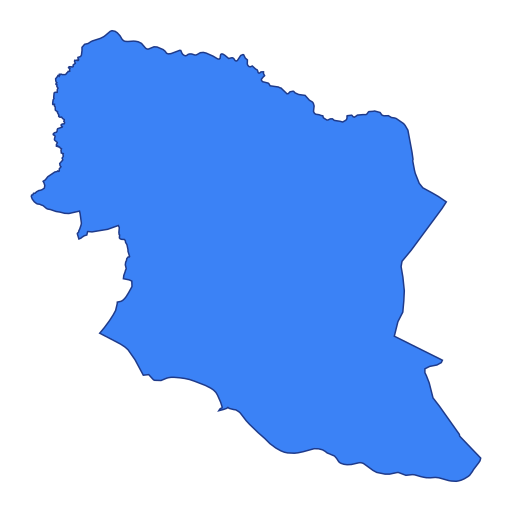 outline of Khok Pho, Pattani, Thailand
{"feature_id": "78962969B27197840775021", "entity_name": "Khok Pho", "entity_type": "district", "adm_level": 2, "iso_a3": "THA", "parent_name": "Thailand", "parent_adm1": "Pattani", "projection": "orthographic", "projection_center": [101.073, 6.699], "detail": "fine", "context": "isolated", "style": "filled", "palette": "blue", "viewbox_px": 512, "rotation_deg": 0, "n_neighbors": 0, "source": "geoboundaries", "source_scale": "gbopen_adm2", "svg_char_len": 5789}
<svg xmlns="http://www.w3.org/2000/svg" viewBox="0 0 512 512"><path d="M446.3,201.9L438.4,196.5L432.7,193.2L422.8,187.8L419.2,183.3L415.2,173.2L414.4,169.9L412.7,160.8L413.0,159.3L412.0,152.2L407.9,130.2L405.1,125.4L403.6,123.6L396.2,118.5L394.7,118.0L391.4,117.5L388.4,115.7L384.3,115.8L382.8,115.5L381.7,114.8L380.1,112.5L374.6,111.0L373.2,111.3L368.9,111.6L368.3,112.1L367.0,113.9L366.0,114.6L362.9,114.6L357.4,115.1L356.4,115.9L354.3,117.2L352.9,116.6L352.1,115.5L351.6,115.2L347.3,115.7L347.0,115.9L347.0,118.0L346.6,119.4L345.7,120.3L342.7,122.0L340.1,121.3L334.3,120.4L332.4,118.8L330.2,118.9L327.9,120.0L326.8,120.0L323.4,117.8L322.8,115.8L321.2,115.5L319.0,114.7L315.6,114.2L314.3,113.1L313.5,111.4L314.1,106.0L313.3,103.2L312.4,102.0L309.4,100.2L305.1,95.4L298.7,94.5L295.1,92.9L293.7,91.4L293.1,91.2L290.0,91.8L288.3,93.6L287.0,93.8L281.0,88.0L279.9,87.8L278.4,87.0L270.1,85.8L268.9,83.7L268.2,83.1L262.6,81.7L261.5,80.4L261.4,79.2L263.2,77.0L264.6,75.7L263.5,73.6L263.5,71.8L261.0,71.9L259.6,73.1L258.6,73.0L258.1,72.5L257.7,70.9L257.1,69.8L255.7,69.1L252.3,66.0L250.4,66.8L249.2,66.6L248.7,66.3L247.8,65.3L247.3,64.0L247.4,59.9L245.3,58.1L243.6,54.7L242.8,54.6L240.7,55.5L237.4,60.5L236.4,61.0L235.5,60.8L234.9,60.3L233.9,58.7L232.7,57.8L231.5,57.8L228.7,58.5L225.0,55.4L223.3,54.3L222.1,53.9L221.4,54.0L220.8,54.4L220.5,55.1L220.1,58.3L219.3,59.0L218.7,59.1L217.5,58.8L213.0,56.1L206.2,53.1L203.3,52.4L200.3,52.7L197.0,54.6L195.9,55.0L194.8,55.0L191.8,54.0L189.9,53.9L188.2,54.3L186.6,55.5L185.4,55.8L184.0,55.3L182.7,54.3L181.9,53.1L180.8,50.5L179.8,50.3L171.0,53.6L168.4,53.9L166.6,53.3L165.2,51.3L163.2,49.6L157.1,47.0L154.0,46.8L148.3,49.1L147.4,49.1L145.7,48.3L141.5,43.4L138.3,41.8L135.8,41.3L133.6,41.1L127.9,41.5L125.7,41.4L124.3,41.1L122.9,40.1L121.9,39.0L120.1,35.9L117.3,32.8L115.1,31.3L112.0,30.7L110.3,31.3L104.3,36.3L103.1,37.0L100.3,38.4L92.5,40.9L91.0,41.6L88.1,43.5L84.6,44.3L82.0,47.3L82.0,50.6L81.4,55.2L80.9,56.0L80.1,56.7L77.9,57.4L77.9,57.9L78.6,59.7L78.4,60.3L77.8,60.6L77.1,60.0L76.2,60.4L74.7,60.3L74.5,61.3L75.3,63.3L73.2,64.9L73.1,65.4L73.3,66.2L73.0,66.7L72.4,66.9L69.2,66.7L68.5,67.5L68.6,67.9L69.9,68.5L69.6,69.2L69.7,71.3L68.1,71.4L67.6,72.4L66.7,73.0L66.3,73.8L65.2,74.6L62.3,74.6L61.0,74.1L60.0,74.4L59.5,74.7L59.8,75.2L59.3,76.0L59.0,75.0L58.6,75.9L57.9,75.6L57.6,76.3L55.6,78.8L55.8,81.0L56.3,82.2L56.9,82.8L56.0,83.7L55.9,84.2L56.1,84.5L56.9,84.7L56.9,86.7L57.6,87.4L58.0,88.2L57.3,89.5L57.2,92.3L55.0,92.3L54.1,93.0L53.7,97.4L54.0,98.5L53.1,99.9L52.7,102.9L52.7,104.2L52.9,104.5L53.9,104.2L54.5,104.3L54.3,105.8L55.2,106.9L55.3,110.0L55.6,110.4L57.6,111.8L57.4,112.5L58.9,115.2L58.6,116.0L58.8,116.5L59.8,117.2L61.6,117.1L62.6,118.5L64.3,119.6L64.3,120.1L63.8,121.3L64.5,122.2L64.6,122.9L64.1,123.8L62.2,124.0L61.1,124.9L61.2,125.7L62.4,126.7L62.2,127.1L57.7,128.7L57.3,129.4L57.1,131.1L56.5,132.2L54.5,132.7L53.3,133.8L53.2,134.5L53.5,135.0L54.5,135.2L55.1,136.3L54.4,139.2L54.6,140.1L57.3,142.5L57.3,143.0L56.4,144.5L56.4,146.2L56.8,146.3L57.7,145.9L58.2,146.9L59.5,147.0L60.2,148.0L61.5,148.8L61.0,150.1L61.3,153.0L63.3,153.6L62.9,154.8L63.3,155.7L63.3,156.4L62.1,158.1L62.7,159.5L62.7,160.1L59.7,163.5L60.1,165.7L61.0,166.8L59.3,168.8L59.3,170.7L59.0,171.3L58.5,171.4L57.8,170.9L56.8,171.6L54.8,172.0L47.8,176.7L45.3,179.9L43.1,181.3L44.0,182.9L44.8,185.6L44.3,188.2L42.0,189.7L40.3,190.3L38.9,190.5L36.5,191.8L35.1,193.2L33.5,193.3L32.8,194.8L31.6,195.1L31.3,196.5L32.2,199.0L34.2,201.7L36.2,203.3L37.2,203.9L39.9,204.3L41.1,204.9L43.1,205.6L46.5,208.5L47.9,209.1L50.3,209.5L56.1,211.5L60.0,212.1L64.6,213.3L68.9,213.5L79.5,211.1L80.1,213.6L81.4,223.2L81.1,224.9L79.7,229.1L78.9,230.6L78.6,232.1L77.4,233.3L77.3,233.7L78.9,239.0L81.0,238.1L82.2,237.1L84.4,235.7L86.8,235.0L87.6,231.6L87.8,231.5L92.0,231.9L107.7,229.3L118.3,225.5L119.3,227.6L118.9,232.3L119.1,234.4L119.5,234.7L119.6,235.0L119.4,237.9L120.2,238.8L121.3,239.3L124.4,239.5L125.3,240.6L125.6,242.5L126.8,244.4L127.1,245.4L128.0,249.8L128.0,251.3L129.6,256.5L129.4,256.9L128.1,257.0L126.8,258.6L126.4,260.8L125.7,262.0L125.3,264.8L126.2,268.5L126.1,269.1L125.5,270.2L125.2,271.5L123.8,275.4L123.4,278.7L129.3,279.9L131.8,281.1L132.0,286.3L131.8,286.9L128.6,292.7L126.2,296.6L124.6,298.6L122.8,300.3L121.1,301.3L117.3,302.1L117.2,303.8L115.6,310.5L113.2,314.9L109.4,320.8L104.2,327.8L99.7,333.2L120.4,344.0L124.7,346.8L128.0,349.7L135.0,359.7L143.3,375.2L148.7,374.6L152.9,379.2L153.6,379.9L154.7,380.3L161.0,380.5L166.6,378.2L168.4,377.7L171.2,377.3L174.0,377.3L180.0,377.8L184.9,378.5L189.5,379.5L194.5,381.2L205.1,385.3L210.5,388.0L213.5,390.0L215.9,392.4L217.5,395.1L220.6,402.1L222.2,407.2L221.9,408.0L220.7,408.4L219.9,409.0L218.8,410.7L223.4,409.5L226.8,408.3L227.9,407.4L229.2,408.4L233.9,409.6L235.7,409.8L237.7,411.0L239.2,412.0L240.2,412.9L246.1,420.6L249.6,424.4L258.2,432.7L264.8,438.5L269.9,443.6L275.8,448.0L280.8,450.8L284.3,452.2L287.6,452.9L294.4,453.2L298.0,452.8L303.2,451.7L314.1,448.7L318.5,448.8L322.5,449.8L325.1,451.3L327.1,452.9L334.5,456.0L336.6,458.4L338.8,461.8L340.3,463.0L341.5,463.5L344.0,464.3L347.1,464.7L351.3,464.5L359.2,462.7L361.0,462.7L362.9,463.2L364.1,463.9L373.0,470.4L376.7,472.4L385.0,474.1L389.6,474.1L397.2,472.5L398.5,472.5L405.9,475.3L412.4,474.6L414.6,474.8L420.8,476.6L424.0,477.3L426.3,477.7L430.3,477.8L435.3,477.4L438.9,477.8L448.8,480.6L451.2,481.0L456.2,481.3L458.5,480.9L461.1,480.2L464.3,478.8L468.1,476.5L469.6,475.3L472.4,471.5L473.4,469.7L478.6,462.9L480.0,460.8L480.7,458.1L459.7,436.2L459.3,434.3L439.7,406.6L433.0,397.9L429.2,382.9L426.3,375.5L424.9,372.7L424.9,368.8L429.7,366.4L436.9,365.0L441.3,362.6L442.4,360.2L394.3,336.2L397.9,321.7L402.8,312.1L403.8,301.0L404.3,290.8L402.9,277.2L401.1,266.6L402.0,261.3L411.2,250.2L441.9,208.7L446.3,201.9Z" fill="#3b82f6" stroke="#1e3a8a" stroke-width="1.5"/></svg>